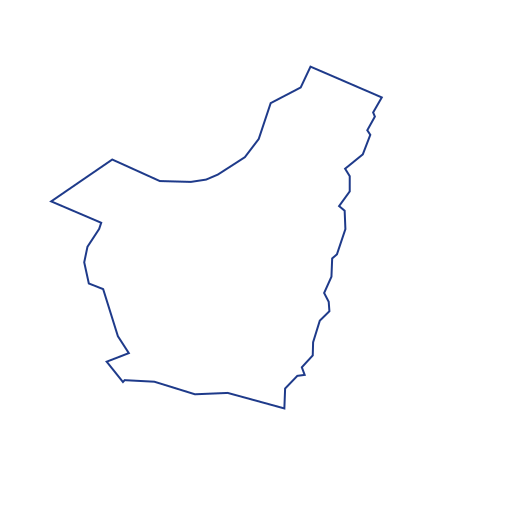 the district of Greenwood, South Carolina, United States of America, rotated 66°
{"feature_id": "52423323B39271330460485", "entity_name": "Greenwood", "entity_type": "district", "adm_level": 2, "iso_a3": "USA", "parent_name": "United States of America", "parent_adm1": "South Carolina", "projection": "orthographic", "projection_center": [-82.114, 34.181], "detail": "fine", "context": "isolated", "style": "outline", "palette": "blue", "viewbox_px": 512, "rotation_deg": 66, "n_neighbors": 0, "source": "geoboundaries", "source_scale": "gbopen_adm2", "svg_char_len": 798}
<svg xmlns="http://www.w3.org/2000/svg" viewBox="0 0 512 512"><g transform="rotate(66 256 256)"><path d="M406.8,292.1L388.9,283.3L382.3,267.0L384.4,259.9L376.3,259.4L369.9,244.6L358.0,238.9L341.0,224.0L336.3,211.4L327.4,208.2L317.5,208.8L305.6,195.5L289.2,187.4L287.4,181.4L267.8,163.4L250.7,156.6L244.2,159.8L235.1,144.1L221.2,137.9L212.5,139.1L206.6,117.1L191.8,102.3L186.4,103.2L177.0,90.7L172.5,90.6L162.3,76.6L134.8,101.9L105.2,129.2L120.2,146.6L122.3,180.4L150.2,205.9L161.2,226.0L166.1,257.8L165.9,270.5L161.8,285.4L148.4,313.4L109.4,348.1L122.8,420.9L162.7,383.9L167.5,388.3L179.0,406.2L191.9,415.5L213.1,419.9L224.1,409.1L273.1,414.8L293.0,411.7L291.8,435.4L317.0,428.8L316.0,426.5L329.5,400.0L357.5,368.0L369.6,337.5L406.8,292.1Z" fill="none" stroke="#1e3a8a" stroke-width="2"/></g></svg>